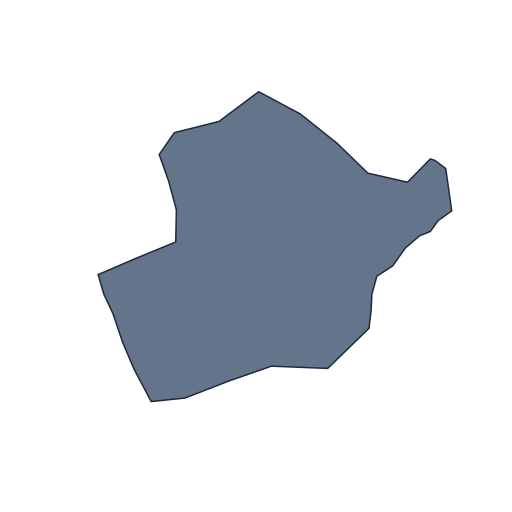 SVG path tracing the border of Daşkəsən, rotated 214°
{"feature_id": "AZE-1677", "entity_name": "Daşkəsən", "entity_type": "District", "adm_level": 1, "iso_a3": "AZE", "parent_name": "Azerbaijan", "parent_adm1": "", "projection": "orthographic", "projection_center": [45.99, 40.464], "detail": "fine", "context": "isolated", "style": "filled", "palette": "slate", "viewbox_px": 512, "rotation_deg": 214, "n_neighbors": 0, "source": "natural_earth", "source_scale": "10m", "svg_char_len": 612}
<svg xmlns="http://www.w3.org/2000/svg" viewBox="0 0 512 512"><g transform="rotate(214 256 256)"><path d="M161.1,435.3L147.6,434.6L119.0,402.9L124.8,387.2L125.2,373.9L131.7,364.1L136.7,345.9L137.1,324.4L144.5,306.8L138.6,289.2L129.8,274.6L121.9,259.2L133.7,202.9L181.6,173.3L208.6,137.2L235.4,98.6L261.5,76.7L293.7,93.9L318.5,110.0L342.3,128.2L361.0,139.4L376.5,152.3L354.6,186.4L330.4,222.8L347.8,249.7L370.5,269.4L393.0,286.0L392.7,312.6L361.9,346.9L345.7,393.7L298.6,398.5L252.0,394.8L209.6,387.2L171.7,401.9L165.8,433.7L165.7,434.0L161.1,435.3Z" fill="#64748b" stroke="#1e293b" stroke-width="1.5"/></g></svg>